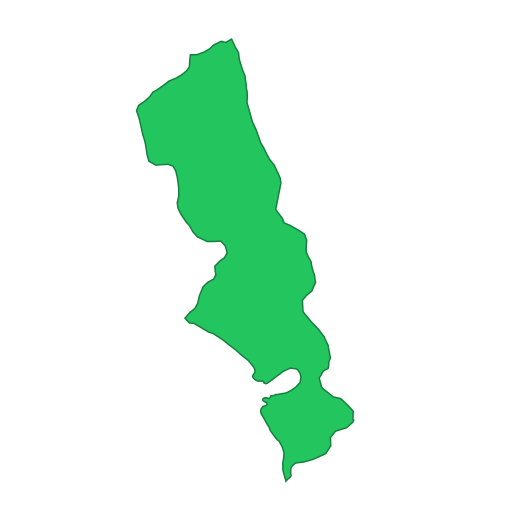 Ndokwa East, Delta, Nigeria (Natural Earth projection), rotated 326°
{"feature_id": "59680162B10854216301983", "entity_name": "Ndokwa East", "entity_type": "district", "adm_level": 2, "iso_a3": "NGA", "parent_name": "Nigeria", "parent_adm1": "Delta", "projection": "natural_earth1", "projection_center": [6.478, 5.659], "detail": "fine", "context": "isolated", "style": "filled", "palette": "green", "viewbox_px": 512, "rotation_deg": 326, "n_neighbors": 0, "source": "geoboundaries", "source_scale": "gbopen_adm2", "svg_char_len": 3030}
<svg xmlns="http://www.w3.org/2000/svg" viewBox="0 0 512 512"><g transform="rotate(326 256 256)"><path d="M241.3,416.1L236.9,401.9L240.2,392.4L243.3,391.2L245.6,389.8L248.4,389.0L251.5,389.4L252.9,389.5L254.7,387.8L257.2,384.5L260.7,382.1L264.3,373.6L265.8,370.4L266.7,364.3L267.4,360.8L267.2,359.3L266.8,351.5L265.0,341.3L263.9,329.7L263.8,328.6L269.6,318.7L275.9,316.9L281.3,316.4L282.6,316.3L287.7,312.9L290.4,311.5L292.0,308.0L293.9,304.2L294.7,301.0L296.1,296.7L296.8,295.1L298.5,291.3L299.0,285.2L299.8,281.0L302.0,277.4L304.5,274.3L306.7,271.5L308.5,265.2L306.5,260.3L304.1,255.2L302.3,251.6L301.4,249.8L301.2,249.3L297.8,244.4L298.9,239.4L298.3,228.5L317.3,209.6L319.6,205.1L321.9,191.2L321.3,183.3L322.0,176.6L322.9,170.4L323.1,165.1L325.7,155.3L326.6,151.8L328.1,142.5L331.3,133.1L334.3,123.8L338.1,118.8L340.5,114.9L341.9,111.3L344.3,107.2L345.7,104.0L347.5,100.8L348.9,94.3L352.1,83.6L355.3,77.5L355.5,73.3L355.6,71.2L357.1,62.5L350.5,62.1L347.1,58.5L339.0,57.4L333.3,58.3L326.9,57.9L319.5,56.0L314.1,52.5L310.1,57.3L306.4,62.1L301.7,63.7L296.4,64.2L289.6,63.9L281.6,62.3L277.2,62.6L274.2,62.8L266.8,62.9L262.1,62.5L256.7,64.6L250.6,65.4L247.7,65.5L242.9,65.5L241.7,66.4L238.2,68.7L236.2,76.3L233.6,83.1L230.2,91.5L228.2,98.2L227.2,100.7L226.2,103.0L222.6,110.6L220.2,117.4L223.6,124.5L229.7,128.0L229.8,128.1L234.4,130.8L237.5,135.1L237.1,140.3L235.1,145.9L232.1,152.3L229.5,157.1L225.5,163.1L220.4,167.9L218.1,172.7L217.6,176.1L217.1,179.8L217.1,188.2L217.8,193.8L217.2,200.9L218.2,207.7L220.9,212.0L222.0,213.8L223.6,216.7L228.9,220.2L235.2,224.0L236.2,230.6L233.9,237.2L228.8,239.8L223.6,239.9L216.2,241.4L214.4,244.5L213.9,245.3L212.2,249.2L208.0,251.5L201.6,250.8L194.8,252.0L190.3,255.0L186.8,257.3L181.4,262.5L176.1,265.3L169.7,265.8L162.3,267.8L163.3,274.2L167.0,277.3L174.1,292.4L177.3,296.6L178.4,299.3L181.7,307.1L183.7,313.8L186.8,322.9L188.5,330.1L191.2,338.4L191.9,346.3L191.7,349.1L190.3,351.7L187.2,352.9L185.9,353.8L185.5,355.2L186.1,358.3L187.5,360.7L190.1,362.5L191.5,363.3L192.0,364.7L191.6,365.5L192.5,367.2L193.9,367.7L199.5,367.7L203.1,367.4L207.6,367.2L210.7,367.2L211.7,366.9L214.4,366.9L221.8,368.1L223.9,370.0L226.1,371.9L227.0,373.6L226.9,377.8L225.5,381.6L221.9,385.5L215.3,387.0L210.2,387.1L204.5,386.4L195.7,382.5L194.6,381.7L192.7,381.7L190.3,380.1L189.1,381.0L187.4,381.6L185.0,379.0L183.2,378.2L181.7,378.4L180.9,379.7L181.6,381.6L182.8,383.9L182.1,385.3L181.0,385.6L177.7,384.5L174.4,385.8L172.7,387.9L172.0,390.2L171.9,392.9L171.8,395.4L171.2,400.9L171.2,404.9L170.4,407.5L170.2,410.0L170.6,417.0L170.8,420.2L171.6,422.5L171.0,428.9L170.4,431.1L169.1,434.9L166.1,438.7L162.0,443.2L158.4,448.9L154.9,459.5L157.3,458.8L160.4,458.5L162.2,457.8L163.2,455.6L164.5,453.7L166.2,451.5L168.8,450.2L173.1,449.8L180.5,453.5L189.3,456.4L194.6,457.4L195.7,457.6L203.4,458.8L206.0,457.7L211.9,455.1L216.1,448.2L223.9,445.7L231.0,447.8L235.2,449.0L243.7,447.8L245.3,446.6L245.1,445.3L249.8,439.2L248.8,431.7L246.5,421.6L241.3,416.1Z" fill="#22c55e" stroke="#15803d" stroke-width="1.5"/></g></svg>